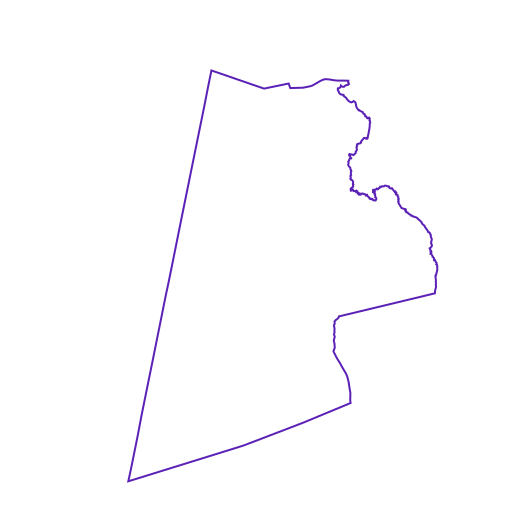 the district of Vaisigano East, Gaga'ifomauga, Samoa, rotated 77°
{"feature_id": "51752279B23557786171080", "entity_name": "Vaisigano East", "entity_type": "district", "adm_level": 2, "iso_a3": "WSM", "parent_name": "Samoa", "parent_adm1": "Gaga'ifomauga", "projection": "albers", "projection_center": [-172.632, -13.561], "detail": "fine", "context": "isolated", "style": "outline", "palette": "violet", "viewbox_px": 512, "rotation_deg": 77, "n_neighbors": 0, "source": "geoboundaries", "source_scale": "gbopen_adm2", "svg_char_len": 4708}
<svg xmlns="http://www.w3.org/2000/svg" viewBox="0 0 512 512"><g transform="rotate(77 256 256)"><path d="M332.6,90.1L330.6,89.5L329.2,88.9L327.0,87.7L325.9,87.4L324.3,87.2L322.8,86.7L321.2,86.6L320.5,86.2L316.6,85.8L316.1,85.4L315.3,85.5L314.9,84.7L312.9,83.8L311.3,82.9L309.9,82.4L306.2,81.6L305.2,81.7L304.6,82.2L304.2,81.8L303.2,81.6L302.3,82.2L300.4,82.4L300.3,83.4L299.1,83.4L298.3,83.0L297.4,83.4L296.7,84.1L296.3,83.9L293.5,84.7L293.1,85.4L292.5,84.7L291.9,84.9L291.4,84.2L290.5,84.9L290.1,84.4L288.8,84.9L287.6,85.1L287.5,84.3L286.8,83.7L286.2,82.6L284.7,82.1L283.2,82.6L282.5,82.2L281.8,82.2L279.9,81.2L278.8,80.9L277.5,81.2L276.2,81.3L274.6,80.9L273.8,81.4L272.7,81.4L271.8,82.0L271.6,82.8L270.3,83.0L268.9,83.4L268.2,83.9L266.8,84.3L265.5,85.0L264.4,85.0L262.7,86.4L261.2,87.1L260.5,87.0L258.3,88.3L256.2,90.0L255.7,90.0L254.5,91.1L253.0,93.7L252.5,94.1L252.3,94.8L251.5,95.2L251.4,95.9L250.5,96.3L249.8,97.3L249.2,97.5L248.3,98.4L247.7,98.5L247.3,99.6L246.3,99.6L246.1,100.2L245.5,100.1L244.6,99.7L244.5,100.3L243.8,100.2L243.5,101.1L243.0,101.5L242.8,102.3L242.0,103.4L241.2,103.7L236.2,105.3L235.2,104.8L234.6,105.1L233.6,104.5L233.1,104.8L232.4,104.1L231.2,104.3L230.5,104.1L230.3,104.4L229.2,104.5L228.6,104.3L228.4,104.8L227.5,105.2L227.4,105.8L226.9,105.8L226.7,105.2L226.1,105.0L224.6,105.6L225.0,106.3L220.6,108.3L220.8,108.6L220.3,110.0L219.2,110.9L218.3,110.7L217.9,111.1L217.9,111.8L216.8,113.4L216.4,114.7L216.9,115.8L216.4,117.5L216.8,118.0L216.8,118.8L216.4,119.4L217.2,119.8L217.6,120.7L217.5,121.2L218.4,122.1L218.4,122.5L217.5,123.3L218.1,124.1L218.1,124.8L218.2,125.5L217.9,127.0L220.1,127.6L220.2,127.3L218.7,127.1L219.0,125.7L219.9,125.7L220.4,126.2L221.2,126.1L222.0,126.7L222.7,126.0L223.7,126.4L224.6,126.3L225.6,126.6L225.9,126.1L226.8,125.8L227.7,126.0L228.8,127.0L228.3,128.0L228.4,128.7L227.8,129.4L226.5,129.7L226.3,130.4L226.6,130.9L226.2,131.9L225.5,132.5L224.9,132.2L222.7,134.0L221.8,133.8L221.3,134.0L221.6,135.4L221.0,135.4L220.2,136.0L220.0,137.0L219.1,137.8L219.2,138.5L218.9,139.4L219.8,140.2L219.5,141.6L218.1,141.3L218.0,141.5L218.7,142.1L218.1,142.8L217.0,142.5L216.7,142.9L216.0,142.8L216.3,144.0L215.4,144.1L214.9,143.9L214.9,145.9L214.4,146.5L213.1,146.6L213.1,147.6L213.7,148.3L213.7,148.9L213.0,148.9L212.0,148.7L211.5,148.3L210.3,145.7L208.6,145.6L208.2,145.0L207.4,145.3L205.9,144.7L204.9,144.8L203.7,145.3L202.8,146.5L202.1,146.7L201.7,146.2L200.4,145.9L199.9,146.1L198.8,145.8L198.5,145.1L197.8,145.1L196.6,145.0L195.1,144.4L195.0,144.1L193.8,144.0L193.2,144.5L191.4,144.3L189.0,145.5L188.0,145.7L185.6,144.7L184.8,144.9L183.9,143.8L182.8,143.3L182.1,142.6L182.3,141.3L182.0,141.2L181.6,142.2L181.1,141.9L179.1,141.7L178.9,142.6L178.2,142.5L177.7,141.9L178.5,140.3L178.6,139.7L179.6,138.3L178.1,135.7L176.7,135.4L176.2,134.6L175.4,133.9L174.3,133.6L172.8,133.7L171.8,133.1L171.5,132.6L170.6,132.8L169.8,132.3L169.6,130.7L169.7,129.3L169.2,128.2L168.3,128.1L167.1,126.7L166.8,126.1L165.4,124.5L165.3,123.7L165.8,122.8L166.6,122.3L166.7,121.5L165.9,121.2L165.9,120.5L165.4,120.5L162.2,118.9L160.7,118.3L157.8,117.0L155.1,116.0L152.9,115.5L151.8,114.7L150.9,114.9L149.9,114.6L149.5,114.9L148.4,114.6L147.8,114.2L146.6,114.7L147.0,116.2L146.5,116.8L145.9,116.8L144.7,117.3L144.5,118.1L143.5,118.3L142.6,118.1L141.8,118.7L141.4,119.4L139.8,119.6L138.0,122.0L137.1,122.5L137.1,123.2L134.1,124.5L132.0,124.7L130.2,124.5L128.4,124.7L127.0,126.0L127.6,127.3L127.8,128.4L127.2,129.5L125.9,130.8L125.0,131.4L123.2,132.3L122.0,132.7L120.5,134.0L119.8,134.3L119.5,134.7L118.7,134.5L118.1,135.9L117.7,136.9L116.9,137.7L115.7,138.3L114.3,138.4L113.1,139.0L111.2,138.6L111.0,138.3L111.3,137.5L110.4,135.7L109.9,135.2L109.1,134.9L110.0,134.3L110.6,133.5L110.9,132.2L109.9,130.5L109.9,127.8L109.4,126.8L108.7,127.1L108.3,126.8L107.5,127.2L106.0,126.6L104.5,132.4L104.0,134.7L103.4,137.3L102.1,141.0L101.2,143.0L100.1,145.9L99.2,149.2L99.4,151.4L99.8,153.5L102.6,162.7L102.8,165.7L102.6,172.3L100.1,184.8L95.3,185.4L94.7,210.5L65.2,257.7L80.1,264.5L97.1,272.1L109.2,277.6L135.5,289.6L203.8,320.7L242.2,338.1L262.2,347.2L273.5,352.5L328.9,377.6L385.8,403.5L403.6,411.3L415.1,416.5L435.1,425.6L446.8,431.1L437.9,311.2L429.1,248.0L420.5,196.9L418.0,196.7L414.8,195.9L411.3,195.0L410.2,194.8L407.4,194.7L399.9,194.1L394.5,194.2L392.0,194.5L390.5,194.9L385.7,196.4L382.5,197.4L379.7,198.1L374.9,199.8L372.1,200.6L366.7,201.9L366.0,201.9L364.5,200.8L363.0,199.9L359.5,199.3L357.6,199.2L356.9,199.4L355.4,199.0L352.5,197.5L352.0,197.4L350.2,197.7L347.9,196.6L346.3,196.4L344.5,195.8L342.7,195.7L341.7,195.8L340.9,195.6L339.9,194.6L337.5,194.2L336.6,193.2L335.5,190.7L334.9,189.7L334.1,189.0L333.5,188.8L332.6,90.1Z" fill="none" stroke="#5b21b6" stroke-width="2"/></g></svg>